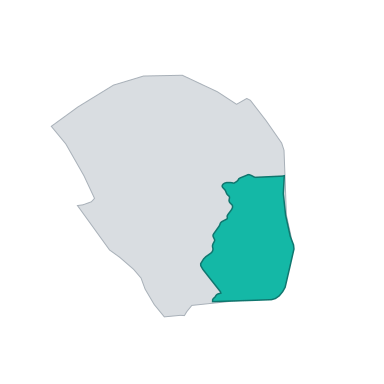 where Hhohho sits in eSwatini, rotated 145°
{"feature_id": "SWZ-534", "entity_name": "Hhohho", "entity_type": "District", "adm_level": 1, "iso_a3": "SWZ", "parent_name": "eSwatini", "parent_adm1": "", "projection": "orthographic", "projection_center": [31.368, -26.096], "detail": "fine", "context": "in_parent", "style": "filled", "palette": "teal", "viewbox_px": 384, "rotation_deg": 145, "n_neighbors": 0, "source": "natural_earth", "source_scale": "10m", "svg_char_len": 1932}
<svg xmlns="http://www.w3.org/2000/svg" viewBox="0 0 384 384"><g transform="rotate(145 192 192)"><path d="M269.1,95.1L272.2,97.6L286.3,105.6L287.5,121.4L286.1,139.4L283.1,150.7L284.2,162.1L288.6,179.7L292.8,191.8L293.6,246.6L288.8,244.1L280.1,241.7L275.5,242.7L271.2,267.3L267.8,303.8L269.6,326.5L236.6,327.1L195.0,324.6L165.2,314.8L133.0,293.2L113.7,259.5L105.2,238.3L93.5,237.2L91.6,233.6L90.4,207.7L90.5,180.6L92.7,173.4L114.4,139.8L127.9,119.0L136.3,98.9L154.7,75.3L174.4,60.2L181.8,58.1L186.8,58.7L221.6,79.5L257.2,99.2L264.9,97.0L269.1,95.1Z" fill="#d9dde1" stroke="#a8b0b8" stroke-width="1"/><path d="M184.7,56.9L188.6,58.2L205.0,68.8L221.3,79.5L235.5,88.7L238.0,90.4L236.9,91.9L236.1,92.3L235.1,92.6L234.2,92.6L233.3,92.8L231.6,93.5L230.7,93.7L229.7,93.7L228.8,93.5L226.4,92.6L225.9,94.0L227.5,122.4L227.1,126.6L226.0,128.3L220.9,130.5L217.7,131.1L211.6,131.1L210.6,131.3L209.4,131.6L208.1,132.6L207.4,133.4L206.6,135.4L206.2,136.0L205.7,136.6L204.3,137.6L201.9,138.8L201.2,139.3L200.8,140.1L200.3,143.0L200.1,143.7L199.8,144.2L199.4,144.7L198.3,145.3L189.3,148.5L187.7,149.4L186.8,150.1L185.8,150.5L184.4,150.6L179.0,149.9L178.3,150.1L177.8,150.7L177.5,151.2L177.2,151.9L176.9,152.2L176.3,152.6L174.8,153.2L170.2,154.7L168.7,155.4L167.7,156.1L167.1,156.9L166.7,157.6L166.6,158.5L167.0,160.7L167.1,162.1L166.9,163.0L166.4,164.0L164.6,165.7L164.1,166.6L164.1,167.5L164.4,168.6L164.6,170.0L164.4,171.5L164.0,173.1L163.8,174.7L164.2,177.5L164.2,178.8L163.9,179.6L163.1,180.2L161.8,180.6L160.1,180.5L158.3,179.9L155.0,177.6L153.8,176.5L153.0,175.5L152.5,175.2L151.6,175.1L149.6,175.0L148.2,175.1L147.3,175.4L146.0,176.0L144.4,175.9L137.5,174.3L136.6,174.2L135.7,173.8L135.0,173.1L133.8,171.3L132.5,168.7L132.1,168.1L131.6,167.6L108.9,153.2L107.1,152.4L118.2,138.2L128.6,119.4L136.9,99.4L139.2,90.4L141.2,86.8L154.8,74.5L170.4,60.5L174.8,58.4L180.1,56.9L184.7,56.9Z" fill="#14b8a6" stroke="#0f766e" stroke-width="1.5"/></g></svg>